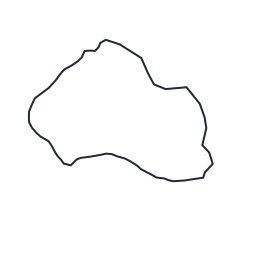 Asomatos Keryneias, Cyprus (Natural Earth projection), rotated 222°
{"feature_id": "46923920B22292626900654", "entity_name": "Asomatos Keryneias", "entity_type": "district", "adm_level": 2, "iso_a3": "CYP", "parent_name": "Cyprus", "parent_adm1": "", "projection": "natural_earth1", "projection_center": [33.086, 35.27], "detail": "fine", "context": "isolated", "style": "outline", "palette": "slate", "viewbox_px": 256, "rotation_deg": 222, "n_neighbors": 0, "source": "geoboundaries", "source_scale": "gbopen_adm2", "svg_char_len": 926}
<svg xmlns="http://www.w3.org/2000/svg" viewBox="0 0 256 256"><g transform="rotate(222 128 128)"><path d="M111.8,197.4L126.2,182.0L137.9,177.8L149.7,182.0L164.9,188.9L190.2,184.6L203.6,178.6L205.5,172.6L204.0,168.8L204.0,163.4L208.1,160.0L211.8,156.2L209.6,149.4L210.0,144.1L211.5,137.6L214.5,128.9L214.5,123.5L213.7,116.0L213.7,104.9L215.6,95.4L217.1,87.5L214.8,80.2L213.7,77.3L212.6,74.2L209.2,70.0L205.5,66.2L199.5,63.9L192.7,63.1L187.5,63.1L178.1,65.0L172.1,63.5L168.4,62.0L162.0,60.1L157.1,59.7L151.9,58.6L145.5,62.0L145.1,70.4L142.9,74.5L137.6,80.6L133.9,85.2L129.8,90.5L127.1,94.3L122.6,97.7L117.4,99.6L109.5,103.4L103.5,104.9L96.0,106.1L90.8,106.1L84.8,107.6L79.2,109.1L73.6,110.3L67.9,114.4L62.3,116.7L58.9,118.6L54.8,122.8L50.7,127.0L45.5,133.4L38.9,141.4L41.1,146.2L41.1,158.1L51.2,164.1L61.3,165.0L69.7,180.3L78.2,187.2L90.8,194.0L100.9,195.7L111.8,197.4Z" fill="none" stroke="#1e293b" stroke-width="2"/></g></svg>